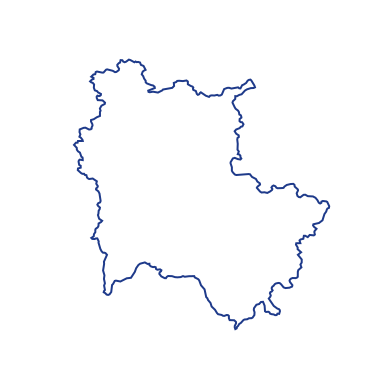 the district of Carlos Chagas, Minas Gerais, Brazil, rotated 110°
{"feature_id": "56859067B18228425283518", "entity_name": "Carlos Chagas", "entity_type": "district", "adm_level": 2, "iso_a3": "BRA", "parent_name": "Brazil", "parent_adm1": "Minas Gerais", "projection": "robinson", "projection_center": [-40.857, -17.668], "detail": "fine", "context": "isolated", "style": "outline", "palette": "blue", "viewbox_px": 384, "rotation_deg": 110, "n_neighbors": 0, "source": "geoboundaries", "source_scale": "gbopen_adm2", "svg_char_len": 5965}
<svg xmlns="http://www.w3.org/2000/svg" viewBox="0 0 384 384"><g transform="rotate(110 192 192)"><path d="M276.7,68.4L273.9,68.6L272.9,69.2L272.3,70.3L272.4,71.8L271.1,76.2L265.9,83.4L263.6,82.6L262.3,82.6L260.4,84.2L259.3,84.1L258.2,83.0L256.8,82.6L256.2,83.6L255.0,84.3L253.4,84.1L252.3,83.3L250.3,82.7L249.2,81.8L247.9,79.7L247.6,78.4L248.3,76.6L250.3,73.3L250.3,71.3L248.6,67.7L246.6,65.6L245.2,65.8L243.1,69.1L242.0,70.0L240.8,70.0L239.5,69.3L238.4,68.0L237.5,65.2L236.7,64.2L235.5,63.6L230.7,65.3L229.0,65.4L225.4,63.4L223.1,65.3L220.8,64.8L217.9,65.8L214.8,71.0L211.3,68.9L209.6,73.2L208.0,73.7L205.9,76.3L204.5,76.5L203.0,72.7L200.7,74.4L199.5,73.8L197.9,71.4L194.9,71.9L194.4,70.7L194.8,67.8L192.1,66.7L191.1,62.7L190.0,62.0L187.7,63.4L186.6,63.4L184.0,62.4L183.0,65.4L182.0,66.8L180.8,66.9L177.7,62.1L174.0,59.7L167.4,60.0L164.5,59.2L162.2,59.3L161.1,59.0L160.1,57.9L158.4,58.2L155.1,61.5L154.9,62.6L155.7,66.0L156.8,67.1L158.0,66.8L159.0,67.7L158.7,69.2L156.8,71.3L155.2,74.0L154.8,76.8L156.3,81.8L155.8,84.6L156.5,86.2L159.9,88.4L160.2,89.9L159.6,91.6L157.4,93.2L154.3,92.9L153.4,93.4L151.8,97.3L150.2,98.2L149.7,99.6L150.8,102.1L153.0,105.4L155.3,107.0L156.8,107.4L157.5,108.7L159.2,112.9L159.1,114.2L158.1,115.6L158.0,117.6L159.1,118.5L160.6,118.9L161.7,117.5L162.7,117.5L164.8,118.8L167.1,120.9L167.5,123.9L168.7,126.5L168.3,128.2L165.9,132.5L164.6,132.3L161.8,130.6L160.7,131.2L159.8,134.2L157.9,136.4L157.3,140.8L155.5,143.6L155.8,145.0L160.9,156.2L160.9,157.8L159.5,160.5L158.4,161.8L155.1,163.0L151.8,165.6L150.8,165.9L146.5,165.1L145.3,163.5L145.4,160.2L144.9,157.6L143.7,157.1L142.7,158.4L141.4,158.9L140.6,160.2L140.8,161.9L137.9,161.9L136.7,163.7L131.1,165.5L127.3,167.4L125.6,167.7L124.3,166.8L122.8,167.5L122.1,170.4L120.3,172.7L118.2,171.9L115.7,169.1L114.1,168.5L113.1,167.1L110.7,166.8L109.3,168.7L109.7,170.3L109.1,171.6L107.1,172.2L105.2,171.0L104.1,171.6L103.2,172.4L103.0,174.0L100.9,175.2L99.8,176.5L98.9,179.4L97.9,180.7L94.2,184.5L92.7,184.6L89.8,183.2L87.1,184.1L86.7,182.6L84.6,180.8L83.2,178.8L78.5,176.9L76.7,175.4L74.3,172.3L73.2,169.7L72.1,168.6L70.6,169.8L66.9,174.4L66.4,175.5L67.2,176.9L68.4,177.8L71.0,178.4L73.5,180.3L74.5,181.4L78.1,181.9L78.4,183.1L77.9,184.5L81.3,190.3L81.4,192.8L82.1,194.5L84.3,197.0L90.2,197.3L91.5,198.3L92.3,199.8L92.1,201.5L93.7,204.0L94.4,206.4L95.2,207.8L96.8,208.5L96.8,211.9L95.3,217.8L96.2,218.4L97.6,218.6L98.7,219.7L98.2,221.0L95.8,222.9L95.6,225.7L94.7,226.4L93.4,226.5L92.8,227.5L92.8,229.2L92.2,232.7L89.6,233.7L89.1,235.3L90.9,238.5L91.9,242.2L92.7,243.9L94.1,244.5L95.7,246.4L98.5,245.1L100.9,246.2L105.6,254.3L106.7,254.7L110.2,258.0L111.1,263.0L112.7,265.8L112.8,267.1L111.7,267.8L107.0,262.5L105.8,263.2L105.2,265.1L105.5,266.9L105.4,271.5L104.8,273.0L103.3,273.6L101.8,275.8L99.8,277.5L98.6,279.5L96.0,279.5L94.8,279.0L93.1,277.4L90.1,280.7L90.0,283.5L88.1,285.1L88.2,287.1L88.9,288.4L88.7,289.7L89.8,290.5L89.1,295.0L89.2,296.6L92.1,298.5L93.1,299.7L93.0,301.2L92.0,302.5L92.5,304.2L95.0,303.9L96.0,304.9L98.0,305.7L99.2,305.2L101.1,302.7L102.6,302.5L105.0,304.1L105.7,305.3L105.2,308.0L105.8,313.7L106.5,314.6L110.0,316.0L110.5,317.1L111.3,322.5L112.2,323.5L114.4,323.2L115.3,324.8L118.1,326.1L118.4,323.6L119.5,323.2L120.6,324.5L122.9,325.6L123.4,324.3L123.4,322.6L124.4,320.8L127.6,319.9L129.7,318.1L129.7,315.6L130.5,314.5L131.0,311.1L132.0,310.8L132.9,311.2L133.7,312.2L133.8,313.8L134.9,314.2L136.2,313.7L137.9,312.0L136.5,307.4L137.8,304.3L139.1,304.1L141.9,306.6L145.1,307.1L146.9,305.7L148.2,305.9L152.0,304.5L154.2,306.9L157.2,309.2L158.9,311.5L160.2,311.1L162.4,308.8L163.6,308.2L165.8,308.4L166.8,308.0L167.7,308.6L168.5,310.1L168.0,314.1L168.8,315.8L171.6,318.9L174.2,318.2L176.0,316.6L178.6,316.7L179.0,315.0L180.4,312.8L181.4,312.1L183.1,316.6L184.8,316.4L185.3,317.9L188.1,319.0L189.9,315.4L191.6,314.7L192.8,313.0L193.3,310.8L196.7,308.0L197.0,306.7L198.1,306.1L199.4,305.6L200.0,308.6L201.1,309.1L202.2,309.0L205.1,307.3L205.4,305.6L207.2,304.9L208.9,307.2L210.5,306.8L212.2,302.6L212.4,301.2L211.8,299.6L212.6,298.6L212.3,297.0L214.3,295.6L214.8,294.4L215.0,293.1L213.3,289.9L214.5,285.1L217.0,284.8L218.7,282.5L220.1,282.5L221.4,283.3L222.5,283.0L223.4,280.2L225.1,278.4L231.7,274.8L233.2,274.8L234.6,276.3L236.3,276.6L237.2,275.5L238.1,273.2L239.7,272.9L241.5,273.3L244.4,272.5L245.8,272.5L248.9,270.1L249.8,266.6L251.4,267.2L253.5,269.0L255.9,268.3L257.5,268.5L259.5,269.9L260.7,269.9L262.8,269.1L265.1,269.7L267.3,269.2L269.6,270.9L270.2,269.7L269.5,267.4L268.4,266.3L268.0,265.1L270.3,262.8L271.6,262.5L276.9,258.6L278.7,256.6L279.5,254.8L279.0,253.6L279.0,252.4L280.1,250.4L287.6,250.9L289.6,250.0L296.2,248.7L300.2,245.8L303.8,245.0L307.6,242.6L310.0,242.6L313.8,240.3L315.2,240.8L316.4,240.7L316.7,238.9L317.6,237.2L317.4,235.6L316.4,234.5L313.6,233.7L306.7,235.3L305.4,234.7L302.0,234.2L301.3,233.2L300.6,228.7L295.4,223.8L293.5,220.0L286.6,218.4L282.7,218.4L278.9,217.4L277.1,216.2L274.3,212.2L274.8,209.1L274.0,207.5L275.3,206.9L276.0,205.0L275.9,202.9L275.2,201.7L275.1,200.4L276.6,199.5L276.9,198.0L275.6,195.6L276.0,194.0L277.1,194.0L278.5,194.9L280.1,194.7L281.8,192.0L282.3,188.3L281.9,187.0L280.4,186.7L279.1,185.7L277.9,181.9L277.8,178.8L277.2,176.6L275.8,173.5L274.1,171.7L274.1,169.8L272.1,165.9L270.3,161.1L271.3,160.2L271.8,156.3L272.6,155.0L276.6,151.6L279.2,146.9L285.9,142.7L286.6,141.2L288.0,140.0L289.9,136.7L292.9,134.4L294.8,130.1L297.2,127.1L297.9,125.7L297.4,122.1L297.7,120.6L297.4,119.3L295.7,117.3L295.4,116.1L295.8,115.0L298.1,114.1L299.5,112.8L298.1,108.5L299.0,106.3L300.2,105.7L303.3,106.0L304.7,105.5L306.0,104.4L304.9,103.4L303.5,103.6L302.1,102.9L299.9,102.5L298.3,101.3L294.8,99.9L293.9,99.1L292.7,96.6L291.2,95.3L290.2,92.9L289.3,92.1L286.3,91.3L283.6,92.1L281.7,93.6L280.0,94.0L275.9,92.9L274.3,90.6L271.8,89.6L270.9,87.7L274.0,84.9L279.1,82.6L279.4,81.4L278.4,79.3L278.6,78.1L279.6,77.0L279.6,75.5L279.1,73.4L279.3,71.8L278.7,70.4L277.1,70.1L276.7,68.4Z" fill="none" stroke="#1e3a8a" stroke-width="2"/></g></svg>